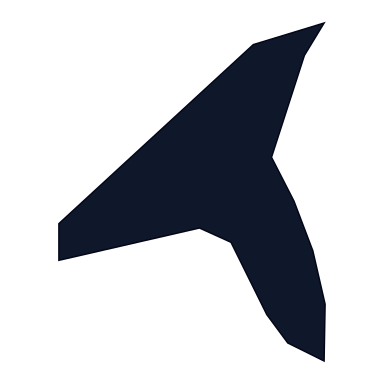 map outline of The Snares (Natural Earth projection)
{"feature_id": "NZL-5480", "entity_name": "The Snares", "entity_type": "state/province", "adm_level": 1, "iso_a3": "NZL", "parent_name": "New Zealand", "parent_adm1": "", "projection": "natural_earth1", "projection_center": [166.619, -48.028], "detail": "fine", "context": "isolated", "style": "filled", "palette": "ink", "viewbox_px": 384, "rotation_deg": 0, "n_neighbors": 0, "source": "natural_earth", "source_scale": "10m", "svg_char_len": 306}
<svg xmlns="http://www.w3.org/2000/svg" viewBox="0 0 384 384"><path d="M324.1,23.0L304.4,55.4L271.5,157.3L294.0,201.2L312.8,250.7L325.1,304.2L324.1,361.0L287.8,343.0L266.8,314.6L231.0,242.3L199.4,228.0L58.9,260.3L58.9,223.6L253.3,44.6L324.1,23.0Z" fill="#0f172a" stroke="#020617" stroke-width="1.5"/></svg>